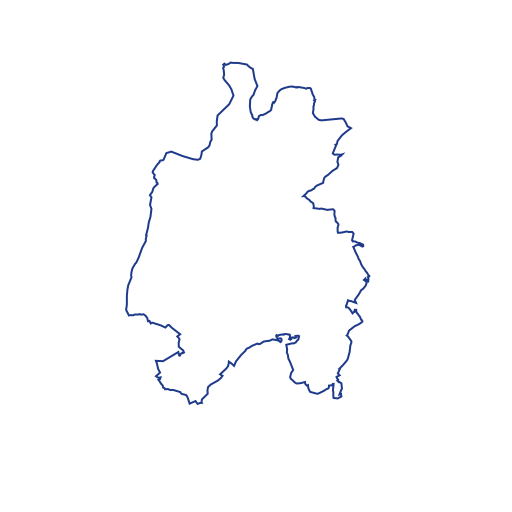 Teaca, Bistrita-Nasaud, Romania, rotated 316°
{"feature_id": "2599482B42785641357283", "entity_name": "Teaca", "entity_type": "district", "adm_level": 2, "iso_a3": "ROU", "parent_name": "Romania", "parent_adm1": "Bistrita-Nasaud", "projection": "robinson", "projection_center": [24.501, 46.902], "detail": "fine", "context": "isolated", "style": "outline", "palette": "blue", "viewbox_px": 512, "rotation_deg": 316, "n_neighbors": 0, "source": "geoboundaries", "source_scale": "gbopen_adm2", "svg_char_len": 6152}
<svg xmlns="http://www.w3.org/2000/svg" viewBox="0 0 512 512"><g transform="rotate(316 256 256)"><path d="M215.8,415.2L219.8,416.4L221.3,414.3L219.8,413.6L224.1,411.6L225.6,411.2L229.0,406.9L228.3,404.2L228.0,404.2L227.9,402.2L229.1,402.2L229.5,399.6L229.9,398.9L233.3,399.9L233.3,397.3L237.9,395.5L237.7,395.0L242.9,394.9L248.8,394.3L250.8,393.6L256.9,389.9L261.7,385.9L264.2,384.7L265.4,383.6L266.2,378.3L266.1,376.2L266.9,376.3L271.1,374.3L277.9,375.0L283.2,376.7L286.8,377.2L287.4,376.5L287.6,375.2L287.4,375.0L287.5,374.5L288.6,371.8L288.7,369.7L289.1,368.2L289.0,367.1L289.6,365.5L290.7,364.3L290.1,363.7L289.1,364.9L288.7,364.8L288.8,363.9L288.2,364.3L285.6,364.3L286.2,361.7L286.6,357.7L286.3,356.7L285.2,355.5L286.2,354.3L287.3,354.0L291.4,351.8L291.6,352.7L292.9,354.2L295.4,359.3L295.9,358.2L295.8,357.5L296.6,356.2L303.7,354.9L307.9,353.6L310.4,354.0L314.2,353.5L316.4,352.5L317.3,351.9L317.3,349.6L317.0,348.2L318.8,348.2L318.3,348.7L319.0,349.8L319.3,352.0L320.8,350.8L321.9,348.9L322.7,348.8L323.1,349.3L323.6,349.2L323.6,347.5L324.3,345.1L324.3,343.1L324.9,340.8L325.1,338.2L326.0,334.8L327.3,332.0L327.8,329.4L328.8,327.3L329.9,323.5L332.3,317.1L332.8,317.4L335.0,317.6L337.8,319.3L339.1,323.2L340.0,323.4L340.9,322.2L339.7,319.0L338.1,316.6L337.7,315.1L336.2,312.8L335.8,312.7L336.0,311.4L341.8,307.7L341.9,305.5L339.6,303.4L338.1,301.2L333.9,298.7L331.1,296.3L331.6,295.3L333.7,293.0L334.5,292.2L336.8,291.0L337.5,290.0L337.6,287.4L337.4,286.6L338.3,285.2L339.7,283.8L339.9,282.6L341.5,280.2L343.8,278.3L344.0,276.6L343.9,275.9L339.2,272.2L336.0,267.3L334.6,266.4L330.7,261.5L332.3,260.2L333.8,257.7L333.1,254.4L333.3,252.9L332.6,249.5L332.8,247.9L332.3,246.3L331.8,245.9L336.1,245.9L337.8,245.6L339.8,246.1L340.1,246.6L341.9,247.3L343.1,247.3L344.3,247.9L347.1,247.4L349.0,247.7L355.0,250.0L358.9,247.4L360.8,247.1L364.4,247.7L370.1,247.9L375.5,249.0L378.7,247.6L379.9,244.9L383.6,242.1L386.6,242.9L388.7,242.8L387.2,242.0L384.6,239.1L383.0,237.9L382.5,236.5L382.5,235.5L390.8,231.9L390.6,231.3L392.0,231.6L394.6,229.9L401.5,228.9L406.4,229.2L413.1,230.0L411.9,226.3L413.3,222.3L414.2,218.3L413.1,216.5L397.3,203.9L395.7,201.6L395.2,196.7L396.2,192.7L399.4,190.3L401.3,188.2L402.5,187.8L403.9,186.4L405.8,185.8L406.3,185.1L406.1,184.6L406.8,184.6L406.5,184.2L408.2,182.3L409.3,178.4L410.1,177.3L410.4,176.2L411.6,174.1L411.7,173.1L411.3,172.5L409.9,171.0L408.3,170.5L407.5,168.8L403.7,163.6L402.9,163.6L402.5,162.7L401.8,162.6L401.2,161.0L400.1,160.0L399.7,159.1L397.4,157.3L393.4,155.0L390.3,153.7L388.5,153.4L384.8,153.6L380.5,156.6L379.3,156.9L378.8,157.4L376.6,158.2L375.9,158.0L375.4,158.2L375.4,157.4L375.1,157.2L372.4,158.5L372.1,159.0L369.5,160.5L368.9,161.2L367.3,161.5L361.4,160.2L359.0,159.3L357.2,157.9L355.3,157.4L352.6,159.0L351.1,159.0L351.0,158.1L351.3,157.7L351.1,157.4L350.2,157.2L349.7,155.3L350.1,153.3L351.1,152.2L352.1,148.9L355.5,144.1L360.6,139.4L363.8,138.5L366.3,138.3L370.2,136.3L375.1,134.7L378.1,127.5L383.7,119.3L382.9,117.2L382.5,114.6L382.5,112.0L377.4,104.9L372.8,100.3L372.3,99.3L369.6,98.8L367.0,97.5L366.9,95.7L365.3,95.6L364.5,97.7L363.0,97.9L361.7,100.1L359.1,103.4L356.2,105.1L355.6,107.6L355.2,114.3L354.1,119.0L351.2,125.0L342.2,128.2L326.0,128.2L321.2,132.0L318.6,134.9L311.1,135.9L308.8,137.0L304.9,141.5L302.3,142.2L299.5,144.1L297.2,144.6L289.7,143.2L286.9,145.4L283.4,147.3L281.0,146.4L277.9,142.5L272.7,133.3L267.6,122.1L263.0,119.7L256.5,122.5L255.5,122.4L253.5,120.9L252.5,120.9L251.8,121.5L248.7,121.6L241.1,123.2L239.7,124.1L239.4,127.4L237.3,128.5L236.8,129.5L237.1,129.9L237.0,132.2L235.5,134.1L235.8,135.1L235.3,135.9L231.1,135.7L229.1,136.0L226.0,137.8L221.9,138.6L221.5,141.2L215.2,145.7L213.5,149.5L207.3,154.5L202.6,157.1L197.7,160.8L191.4,164.7L191.6,165.2L188.7,167.1L187.2,168.7L179.9,171.0L170.1,175.8L165.3,177.6L163.7,177.6L158.5,179.1L155.2,181.1L152.5,183.4L151.7,184.8L143.6,188.4L140.0,191.0L135.6,194.8L129.4,201.2L125.1,204.6L123.3,210.5L124.9,211.6L126.4,213.3L128.0,213.8L130.7,216.4L131.7,216.8L132.3,217.6L132.4,218.2L134.6,219.8L135.1,222.4L134.7,225.0L133.0,228.0L134.3,228.7L133.4,231.4L135.0,231.8L139.3,239.7L141.1,244.5L144.4,244.4L145.5,245.1L145.6,249.3L147.1,259.6L143.5,259.2L143.5,261.3L143.0,262.9L140.1,264.7L137.4,267.7L138.0,273.3L137.2,275.4L136.1,275.1L136.2,274.7L134.7,274.2L133.8,274.1L132.1,274.8L131.7,274.5L131.7,273.9L133.4,271.1L116.1,267.1L111.2,261.9L110.1,264.4L107.2,269.2L106.0,273.2L100.6,273.0L100.9,275.1L101.7,276.2L103.0,277.0L101.6,277.8L99.8,277.3L99.6,279.2L99.0,281.7L98.9,284.5L97.8,286.1L98.4,287.7L98.0,288.7L100.3,290.6L101.1,292.7L103.2,294.6L103.8,295.5L107.0,301.3L106.7,302.4L106.8,303.7L109.1,307.3L109.1,308.3L108.3,310.8L105.7,316.1L111.7,318.3L111.2,321.8L113.7,322.9L115.0,324.0L115.2,323.3L117.5,321.6L125.6,321.5L127.8,318.9L130.4,317.0L134.0,317.0L142.0,319.1L146.1,319.4L148.7,318.9L148.0,316.2L156.6,316.3L159.4,315.8L161.5,314.5L163.1,313.1L163.7,316.6L163.9,319.8L167.9,318.1L169.2,317.8L176.1,316.9L182.7,316.8L183.3,316.4L185.1,316.3L187.2,317.1L190.9,317.9L196.0,319.9L196.4,320.3L196.5,321.1L197.9,322.1L202.2,322.9L207.1,326.5L209.9,327.4L212.8,331.4L213.8,333.4L213.6,334.0L213.9,335.0L215.3,334.8L216.1,334.2L216.6,333.5L216.6,332.4L214.7,331.0L214.3,330.2L214.3,329.1L214.7,328.1L215.4,327.3L215.9,327.2L216.5,328.8L217.8,328.9L221.3,331.4L221.2,331.7L222.9,332.4L225.5,335.8L225.6,336.4L224.9,336.7L224.5,337.7L223.7,338.3L222.1,338.7L222.5,340.1L223.1,340.2L223.0,339.8L224.5,339.2L224.9,339.8L225.3,339.7L226.3,340.5L226.5,341.7L227.9,342.3L227.8,341.9L228.8,340.9L231.1,342.8L231.3,343.6L228.4,345.5L226.2,345.4L224.6,345.8L222.3,345.0L221.3,343.9L216.1,340.9L213.7,344.6L211.2,346.8L210.2,349.3L207.9,352.5L207.2,355.0L203.6,363.8L199.9,364.6L196.4,366.9L195.7,368.5L196.0,370.1L196.0,373.3L196.5,375.6L197.0,376.3L200.0,378.6L203.7,380.7L202.7,382.0L202.5,383.4L202.5,384.5L203.7,385.0L202.2,386.9L201.2,388.9L200.6,391.4L203.9,397.0L204.8,398.0L206.0,398.5L211.0,400.1L214.1,400.7L215.9,401.5L216.9,401.3L218.5,399.9L220.8,401.8L223.1,401.2L222.6,401.5L223.0,401.9L218.0,406.1L216.9,407.9L214.7,410.0L213.2,412.0L215.8,415.2Z" fill="none" stroke="#1e3a8a" stroke-width="2"/></g></svg>